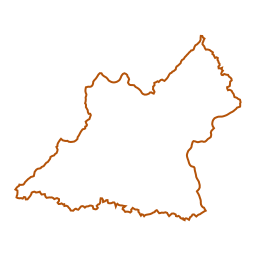 outline of Serra do Salitre, Minas Gerais, Brazil
{"feature_id": "56859067B6682563181647", "entity_name": "Serra do Salitre", "entity_type": "district", "adm_level": 2, "iso_a3": "BRA", "parent_name": "Brazil", "parent_adm1": "Minas Gerais", "projection": "orthographic", "projection_center": [-46.658, -19.126], "detail": "fine", "context": "isolated", "style": "outline", "palette": "amber", "viewbox_px": 256, "rotation_deg": 0, "n_neighbors": 0, "source": "geoboundaries", "source_scale": "gbopen_adm2", "svg_char_len": 5783}
<svg xmlns="http://www.w3.org/2000/svg" viewBox="0 0 256 256"><path d="M200.8,35.9L200.6,37.6L200.6,39.7L199.8,41.6L198.5,42.9L197.1,44.3L195.4,45.3L194.5,46.9L194.1,48.2L193.6,49.5L192.4,50.3L191.2,50.4L190.4,51.4L189.1,52.5L188.0,53.9L187.1,54.7L186.2,55.8L184.8,57.2L183.7,59.0L181.9,60.1L181.0,61.7L180.6,63.2L178.0,65.6L176.6,66.5L176.0,67.8L175.7,69.5L174.6,70.3L173.6,71.2L172.4,71.6L171.5,72.8L170.2,73.3L169.2,74.6L168.5,76.0L167.7,77.4L166.7,78.7L164.5,80.9L163.2,80.3L162.1,79.6L160.8,80.0L159.7,80.9L158.7,82.0L157.5,81.3L156.2,82.1L154.3,82.9L154.5,85.3L153.1,86.6L153.2,87.9L153.0,89.3L153.8,90.3L154.5,91.9L153.7,93.6L152.4,93.1L151.4,92.4L150.0,92.5L149.0,93.6L147.6,94.2L146.2,94.6L144.5,94.6L142.7,93.8L141.7,92.7L140.8,91.0L139.1,89.2L137.5,88.0L135.5,86.9L134.2,85.3L132.9,85.1L130.3,85.0L129.2,84.5L128.0,82.7L128.6,80.6L129.1,79.3L128.5,77.7L127.5,76.5L127.2,75.0L125.9,73.9L124.4,73.3L123.0,73.9L122.2,74.8L121.4,76.0L120.7,77.8L120.0,79.2L119.3,80.2L117.9,81.2L116.8,81.8L115.5,82.2L114.3,82.4L113.1,82.4L111.4,82.0L109.9,81.2L108.7,80.5L107.6,78.9L106.4,77.6L104.0,76.2L102.5,75.0L101.5,73.3L99.8,73.2L98.4,74.6L97.4,76.3L96.2,78.1L95.4,79.1L94.4,80.1L93.3,81.6L93.0,83.8L92.3,85.5L91.3,86.4L90.0,86.8L88.2,86.7L85.9,87.3L85.5,89.4L85.4,91.2L85.8,93.0L86.4,94.3L86.2,95.9L85.6,97.4L85.8,99.4L85.6,101.6L85.1,103.3L85.9,104.3L86.0,105.8L85.9,107.1L86.7,108.4L87.7,110.2L87.9,112.1L88.7,113.8L90.2,113.8L90.8,115.1L90.0,117.3L89.4,119.1L88.0,119.8L85.7,121.6L86.2,123.4L87.0,124.9L86.4,126.1L85.2,126.6L85.2,128.4L84.0,129.0L82.6,129.3L81.4,130.9L80.5,132.3L78.8,135.6L77.7,137.1L77.4,139.0L76.0,140.4L74.3,141.5L72.6,141.8L70.7,142.0L68.7,141.7L67.4,140.8L66.1,141.0L64.6,140.8L62.7,140.3L61.0,138.8L59.9,140.1L58.2,142.7L57.5,144.3L57.4,146.2L56.4,146.9L57.6,149.6L57.3,151.2L56.6,153.0L55.1,154.0L54.1,155.4L52.2,156.0L50.5,157.0L50.1,158.8L47.8,162.0L46.4,162.7L45.5,163.7L43.7,166.1L41.6,167.0L40.6,168.2L39.4,168.5L37.7,168.8L36.3,169.7L35.5,170.8L34.7,171.8L34.2,174.3L33.8,176.1L32.4,176.6L30.8,177.0L29.7,178.0L28.2,179.0L25.0,182.2L24.2,183.7L23.3,184.6L22.0,184.8L20.5,184.9L19.4,184.6L18.8,186.1L17.6,186.7L16.5,187.9L15.4,189.5L17.4,190.5L17.5,192.5L17.3,194.7L16.8,195.9L16.5,197.4L17.7,198.0L19.3,198.3L21.0,198.1L22.7,198.6L24.0,197.0L25.3,197.3L25.8,199.4L27.5,199.3L30.3,195.9L31.2,194.3L31.7,192.6L33.2,191.9L34.6,191.7L36.0,192.5L38.2,192.2L39.8,191.7L40.6,193.2L41.6,194.5L44.8,194.1L45.1,195.4L45.6,196.8L46.6,197.8L48.2,197.6L49.4,197.4L50.6,197.5L51.8,197.4L53.3,198.1L54.3,199.1L55.5,198.6L57.0,198.1L59.0,199.1L59.0,200.9L57.6,202.7L58.7,204.0L60.2,203.9L61.6,203.4L62.9,204.4L64.2,204.2L64.4,206.0L66.2,205.7L67.7,206.3L68.7,207.7L69.8,208.7L70.7,210.5L73.2,210.7L74.7,209.2L75.9,208.7L77.0,209.4L78.3,209.7L79.4,208.5L80.1,207.5L81.0,206.5L82.2,206.1L83.5,206.4L84.9,207.6L86.2,206.5L88.3,206.3L89.8,205.6L91.1,205.6L92.7,206.1L93.4,208.8L95.4,209.3L96.6,209.1L97.8,207.8L96.7,205.9L98.0,204.5L99.2,204.2L100.0,203.1L100.4,201.2L100.4,199.9L100.7,198.3L102.1,198.4L103.0,200.1L103.1,202.0L104.9,201.3L106.2,200.2L107.5,200.1L107.7,201.7L108.3,203.1L109.9,203.3L111.6,203.1L112.9,202.4L114.3,202.5L115.1,204.0L115.8,206.5L116.5,204.7L117.4,203.8L118.6,204.9L119.9,205.3L122.1,205.5L123.8,205.9L125.4,206.1L124.1,207.3L122.9,207.8L122.6,209.1L124.1,210.4L125.2,211.9L126.9,211.6L128.7,211.8L130.2,212.5L131.4,211.5L131.2,209.7L132.7,207.9L134.2,208.9L135.3,209.5L137.0,209.5L138.5,210.1L138.4,211.8L139.3,212.8L139.9,214.1L140.9,215.6L141.7,214.3L143.0,214.7L144.1,216.2L144.9,215.3L146.1,214.8L150.1,214.1L151.8,213.4L153.3,212.5L154.6,212.1L155.5,210.8L156.8,210.2L159.2,213.2L160.4,213.0L161.8,212.6L163.4,212.8L165.5,212.3L167.1,212.9L168.0,214.6L169.1,216.1L171.8,213.6L173.7,213.5L175.7,214.5L176.0,216.1L177.2,216.4L178.5,215.9L179.8,216.8L180.5,218.0L181.6,218.6L182.9,218.3L183.2,219.5L184.6,220.1L184.8,218.9L186.0,218.3L187.5,218.8L189.0,219.8L189.6,218.6L190.0,217.3L191.4,216.4L192.5,214.6L193.9,214.4L196.3,216.5L197.4,215.5L198.4,214.7L200.0,214.2L201.2,213.3L204.4,211.3L205.7,210.7L204.6,208.9L204.0,207.7L202.8,207.2L201.8,206.1L201.0,204.5L200.8,202.8L200.8,201.1L200.5,199.5L199.9,197.8L199.3,195.9L198.5,194.1L197.5,192.5L196.9,191.3L197.9,190.3L198.9,189.2L199.7,187.5L199.7,185.1L199.2,183.2L198.8,181.6L196.9,178.4L196.2,176.8L196.0,175.1L195.5,173.0L195.0,171.1L194.7,169.5L194.6,168.1L193.9,167.0L191.2,166.2L189.9,164.9L189.1,163.2L188.7,161.8L188.3,160.4L187.7,158.8L187.1,156.8L186.9,155.1L187.2,153.6L187.8,152.0L188.4,150.7L190.7,148.3L191.5,146.9L191.7,145.3L192.6,142.1L193.5,141.1L195.2,141.4L196.5,141.9L197.9,142.2L199.7,141.8L201.1,141.4L202.3,141.4L203.6,141.8L204.9,141.7L206.1,140.9L207.9,139.0L209.5,138.0L210.7,137.1L211.1,135.7L211.2,134.2L210.8,132.7L211.4,130.9L214.0,128.2L212.8,126.3L212.2,124.2L212.4,122.4L212.7,121.1L213.3,119.8L214.6,118.2L216.5,117.3L218.3,116.7L220.3,116.6L221.9,116.6L223.3,116.3L225.1,115.7L226.6,115.1L227.7,114.5L230.7,112.6L232.2,111.9L233.6,111.0L234.6,110.1L236.0,109.0L237.1,107.6L238.8,107.1L240.1,106.6L240.2,105.0L240.1,103.4L240.6,102.3L240.0,99.7L238.1,98.9L237.0,97.9L235.8,97.4L234.5,97.1L233.6,94.0L232.4,92.4L231.7,90.9L230.6,90.2L229.3,89.8L228.0,90.2L227.2,88.5L227.1,87.2L228.4,86.8L229.8,85.9L230.2,81.6L231.7,80.4L231.4,78.7L230.4,77.6L228.9,76.5L228.1,74.9L226.3,74.7L224.2,74.0L222.9,75.1L221.7,74.9L221.2,73.8L221.8,72.0L222.9,70.7L221.6,69.5L222.0,67.8L220.7,68.3L218.7,68.3L218.4,66.5L219.6,65.3L219.5,63.6L218.6,62.7L218.4,61.3L217.5,59.9L217.8,58.0L216.5,57.3L215.1,57.9L214.3,56.5L213.7,55.0L212.4,54.0L212.9,52.4L210.6,50.8L209.6,50.0L207.7,49.5L205.8,49.6L204.8,48.0L204.2,46.3L203.3,45.3L202.5,44.3L202.6,42.8L203.3,41.4L203.7,40.1L204.5,38.6L203.0,37.6L202.3,36.0L200.8,35.9Z" fill="none" stroke="#b45309" stroke-width="2"/></svg>